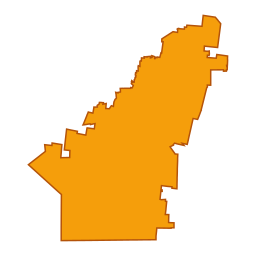 the district of José María Morelos, Quintana Roo, Mexico
{"feature_id": "50627088B89953909022202", "entity_name": "José María Morelos", "entity_type": "district", "adm_level": 2, "iso_a3": "MEX", "parent_name": "Mexico", "parent_adm1": "Quintana Roo", "projection": "albers", "projection_center": [-88.782, 19.708], "detail": "fine", "context": "isolated", "style": "filled", "palette": "amber", "viewbox_px": 256, "rotation_deg": 0, "n_neighbors": 0, "source": "geoboundaries", "source_scale": "gbopen_adm2", "svg_char_len": 4374}
<svg xmlns="http://www.w3.org/2000/svg" viewBox="0 0 256 256"><path d="M61.2,240.6L87.7,240.4L134.0,239.9L136.8,239.9L143.8,239.8L145.9,239.8L156.0,239.7L156.0,236.1L156.5,231.5L156.8,228.0L171.1,228.2L171.1,227.8L174.0,227.8L174.0,222.8L171.0,222.7L168.6,222.5L168.8,214.6L165.3,214.5L165.9,209.7L166.1,207.3L166.5,203.4L166.7,201.4L165.5,201.3L165.5,199.4L161.2,199.7L160.4,199.4L160.0,199.3L160.6,194.0L160.8,191.5L162.2,191.4L162.1,189.9L161.0,190.0L161.5,185.6L167.6,186.4L172.0,186.8L171.9,188.2L176.9,188.8L177.0,186.3L177.0,184.1L177.1,179.9L177.1,177.6L177.2,175.4L177.3,171.7L177.3,168.9L177.6,161.0L177.6,159.2L177.6,158.4L177.8,154.2L175.1,154.0L175.0,153.8L174.9,153.6L170.5,147.5L170.5,147.4L170.1,146.7L173.4,145.2L173.2,144.7L174.6,143.2L175.1,143.4L176.3,143.5L176.5,143.7L176.8,143.8L183.9,145.4L182.2,143.3L187.2,144.4L188.2,140.3L188.9,137.0L193.1,118.5L197.6,119.4L198.6,117.1L198.7,116.7L198.8,116.6L200.0,113.4L201.0,110.7L201.2,110.4L201.3,110.2L201.2,110.0L201.2,109.9L201.2,109.7L201.3,109.5L201.3,109.4L206.7,87.8L207.4,87.0L207.3,85.1L210.7,85.2L210.7,84.1L210.7,76.2L210.7,69.9L223.5,69.8L223.5,70.9L223.5,71.2L226.4,71.1L226.4,69.7L227.2,69.7L227.3,66.7L226.8,66.7L226.6,65.3L227.4,65.2L227.6,60.4L227.5,58.4L227.6,56.0L223.3,55.4L216.8,54.5L216.2,58.2L207.2,57.5L207.4,55.2L209.1,55.5L209.4,54.0L209.2,51.0L208.3,51.2L206.2,51.2L205.0,51.0L204.1,50.9L204.1,50.4L204.4,46.1L205.0,46.2L217.6,47.5L220.7,23.7L218.2,20.7L217.7,20.0L215.3,17.2L203.2,15.4L202.8,18.9L202.0,26.3L186.9,25.2L186.5,27.3L184.5,27.0L184.4,29.1L179.0,28.7L178.9,28.4L178.2,28.4L177.2,29.0L177.2,29.3L177.7,30.0L177.5,32.4L173.0,31.7L161.9,38.8L161.8,39.7L161.8,41.8L163.1,41.8L162.8,44.0L162.7,45.0L162.5,46.3L162.2,48.6L161.6,53.0L161.0,52.8L160.4,55.2L159.8,57.4L158.6,57.2L157.1,57.0L156.9,57.7L155.8,57.4L154.9,58.7L154.6,58.6L154.8,56.8L154.0,56.4L151.9,55.7L151.9,56.1L152.3,56.3L152.5,56.5L152.4,56.9L152.2,57.2L152.1,57.3L151.8,57.6L151.6,57.6L151.1,57.7L150.7,57.8L150.4,57.9L150.4,57.6L150.4,57.4L150.4,56.9L150.5,56.7L150.5,56.3L148.9,56.5L148.7,56.5L148.2,56.5L147.8,56.6L147.1,56.6L147.1,57.0L146.8,57.0L146.7,57.0L146.3,56.9L145.3,56.8L144.1,56.7L144.1,57.2L144.1,57.6L144.2,58.1L142.8,58.0L141.5,57.9L141.4,59.5L141.3,61.0L140.2,60.9L140.1,61.1L140.0,61.5L139.9,61.7L139.9,62.1L139.9,62.7L139.9,63.0L139.9,63.4L139.9,63.5L139.9,64.0L139.9,64.7L139.9,65.3L139.9,65.7L139.9,65.9L139.9,66.2L139.9,66.4L139.6,66.3L139.4,66.2L138.8,66.0L138.5,65.8L138.3,65.7L138.2,66.0L138.2,66.4L138.1,66.6L138.1,66.8L138.2,71.0L136.6,70.7L136.5,72.8L135.6,72.7L135.3,75.0L135.9,75.3L135.7,76.9L135.7,77.2L135.1,77.3L134.9,79.0L134.3,79.6L134.2,82.2L133.9,82.3L133.4,81.9L132.8,82.3L132.5,82.1L132.7,81.3L131.8,80.7L131.8,80.8L131.4,81.8L131.8,82.2L131.6,82.7L131.4,83.1L131.3,83.6L132.4,84.6L133.3,85.5L132.6,87.0L132.1,87.9L130.8,87.5L130.6,88.2L130.6,88.3L129.1,88.3L127.8,88.3L127.2,88.3L125.9,88.3L125.0,88.3L124.0,88.3L123.2,88.4L122.4,88.3L120.2,88.4L120.2,88.8L120.3,89.2L120.3,89.9L120.4,90.3L120.4,91.2L120.4,92.0L117.9,92.4L117.9,92.9L115.7,92.3L115.8,93.0L116.1,94.5L116.2,96.3L116.4,98.0L115.9,98.8L115.4,99.0L115.1,99.4L114.9,99.7L114.7,100.3L114.0,101.8L113.7,103.4L113.5,105.3L113.4,106.4L111.4,105.7L110.9,106.4L109.9,107.9L109.3,108.7L108.8,108.7L105.8,108.5L105.9,106.9L106.2,103.5L103.0,104.2L103.4,102.7L102.8,102.7L101.6,102.5L99.7,102.4L99.4,102.4L99.1,104.1L97.9,104.9L97.3,105.3L97.2,105.4L97.2,105.9L97.2,106.0L97.2,106.4L97.2,106.6L97.3,107.0L96.9,107.0L96.1,107.1L95.8,107.1L95.5,107.1L95.3,107.1L95.2,107.1L94.7,107.1L94.4,107.1L93.9,107.1L93.9,107.3L93.9,107.6L93.8,107.8L93.8,108.2L93.7,108.5L93.6,109.1L93.4,110.5L93.3,110.8L93.1,112.0L93.0,112.5L93.0,112.8L92.9,113.1L92.6,113.1L92.4,113.0L92.2,113.0L91.6,112.8L90.7,112.6L90.3,112.5L89.7,112.4L88.9,112.2L88.3,112.0L87.7,113.5L87.1,114.8L86.9,115.4L86.6,116.2L83.5,123.9L83.4,124.1L83.0,124.9L84.2,124.8L84.3,124.8L90.1,123.8L90.4,124.6L94.3,123.7L94.5,123.7L95.0,123.6L94.5,127.3L94.3,128.8L87.1,127.9L86.9,128.7L85.8,135.1L79.2,133.8L77.0,133.4L77.4,131.3L70.8,130.0L68.9,129.6L66.6,129.1L64.5,147.9L64.3,149.9L69.9,150.5L69.7,157.5L60.8,157.7L61.9,144.6L52.1,143.0L51.9,145.5L51.3,145.4L44.7,144.7L45.4,151.4L42.0,154.0L38.5,156.8L34.0,160.3L30.4,163.1L28.4,164.7L56.8,190.4L57.9,191.4L61.4,194.5L61.2,227.8L61.2,232.4L61.2,240.6Z" fill="#f59e0b" stroke="#b45309" stroke-width="1.5"/></svg>